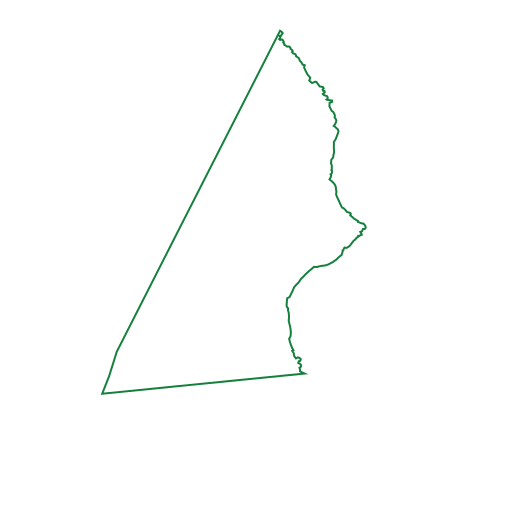 the district of Badrulchau, Ngarchelong, Palau, rotated 34°
{"feature_id": "81905179B80173793972451", "entity_name": "Badrulchau", "entity_type": "district", "adm_level": 2, "iso_a3": "PLW", "parent_name": "Palau", "parent_adm1": "Ngarchelong", "projection": "orthographic", "projection_center": [134.635, 7.709], "detail": "fine", "context": "isolated", "style": "outline", "palette": "green", "viewbox_px": 512, "rotation_deg": 34, "n_neighbors": 0, "source": "geoboundaries", "source_scale": "gbopen_adm2", "svg_char_len": 2747}
<svg xmlns="http://www.w3.org/2000/svg" viewBox="0 0 512 512"><g transform="rotate(34 256 256)"><path d="M317.4,363.3L362.0,326.3L358.8,326.8L357.0,327.0L356.3,325.8L354.5,324.3L355.1,322.8L354.8,321.6L354.0,321.1L352.8,320.8L350.8,321.0L350.4,319.3L351.3,318.0L350.7,316.4L348.9,316.2L347.3,316.7L346.4,318.6L343.6,317.6L341.5,315.4L339.1,314.4L339.7,313.2L337.3,312.0L334.1,309.8L331.5,307.7L329.7,306.0L329.7,304.8L329.4,303.0L328.3,301.0L326.6,298.5L323.8,295.5L319.4,291.5L317.5,288.1L315.1,285.0L312.6,282.8L312.1,281.5L310.4,281.1L309.2,280.2L306.8,276.1L305.5,273.7L306.8,271.1L306.5,269.4L305.8,264.3L305.1,260.5L305.5,257.1L306.0,255.1L306.1,253.3L306.1,249.5L306.8,246.7L307.2,243.9L308.0,240.5L308.4,238.6L309.0,236.9L310.1,232.6L312.8,231.0L314.1,229.3L315.8,227.6L318.8,225.0L320.6,222.7L323.1,218.0L324.6,214.1L325.5,209.9L326.4,207.3L325.9,206.0L325.5,204.1L324.7,203.0L325.1,202.1L324.6,200.3L324.9,199.3L326.1,199.0L327.1,197.7L328.0,195.4L328.2,192.2L328.4,188.9L329.1,186.5L329.2,184.5L329.9,183.4L329.5,182.2L330.3,181.9L330.8,180.6L331.8,179.2L331.1,178.7L329.0,177.7L330.1,176.2L329.6,173.8L330.5,173.2L331.2,172.4L331.0,171.1L330.1,170.1L328.6,169.4L326.7,169.1L325.6,169.8L321.4,170.7L321.0,170.0L316.9,170.2L311.3,169.5L311.1,168.1L310.1,167.6L306.7,168.6L304.6,167.9L301.9,167.4L300.1,167.7L297.2,166.0L294.0,164.0L290.1,161.7L287.9,160.1L287.5,159.3L286.7,157.7L285.7,156.7L284.2,154.9L283.0,153.7L281.1,152.6L279.8,152.2L277.5,151.7L274.1,151.4L274.0,149.9L273.8,148.5L273.2,146.9L272.2,146.6L272.5,144.7L271.6,143.0L270.4,142.6L270.4,141.8L268.0,138.3L266.3,137.2L265.7,135.8L264.7,134.5L264.6,133.4L264.8,132.0L264.6,130.5L263.7,129.1L263.3,127.6L262.1,125.3L260.0,122.8L258.5,120.4L256.8,117.9L256.7,114.4L255.6,109.7L254.8,106.7L253.1,105.3L250.5,104.9L248.9,104.6L247.7,104.7L247.8,103.3L247.7,101.5L247.4,100.0L246.7,98.6L245.4,97.8L243.7,97.2L242.9,95.5L241.5,94.4L239.8,93.5L237.5,93.3L233.2,90.9L231.4,87.9L233.0,85.6L232.1,84.6L230.0,85.6L228.7,86.4L227.0,86.8L227.4,85.5L226.6,84.3L225.5,83.8L222.1,84.6L220.8,84.3L221.5,81.8L220.4,80.9L219.4,81.5L218.2,80.9L218.3,79.1L217.0,78.5L214.0,79.8L208.7,77.9L207.6,78.4L206.1,80.8L205.3,81.3L202.1,80.8L201.2,77.8L197.3,76.8L193.5,74.7L190.4,72.8L189.7,70.6L187.7,71.3L185.4,70.1L183.2,69.7L182.6,69.2L180.9,68.0L177.5,68.0L177.0,67.3L175.7,66.7L173.4,67.3L171.8,66.8L172.0,65.9L171.3,65.2L170.0,65.0L168.8,65.0L167.9,64.0L166.3,63.8L164.7,65.0L163.3,64.9L161.3,65.1L160.5,64.0L159.2,63.8L159.1,62.8L158.2,62.3L156.8,61.9L155.1,63.4L153.9,63.3L154.3,61.7L153.5,60.9L152.5,60.4L153.7,59.2L153.4,58.0L153.5,56.3L152.1,55.8L150.0,55.8L177.4,278.3L194.1,413.2L201.5,438.1L205.5,456.2L263.4,408.1L317.4,363.3Z" fill="none" stroke="#15803d" stroke-width="2"/></g></svg>